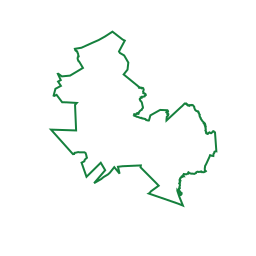 outline of Dr. Belisario Domínguez, Chihuahua, Mexico, rotated 318°
{"feature_id": "50627088B53231411399009", "entity_name": "Dr. Belisario Domínguez", "entity_type": "district", "adm_level": 2, "iso_a3": "MEX", "parent_name": "Mexico", "parent_adm1": "Chihuahua", "projection": "orthographic", "projection_center": [-106.401, 27.994], "detail": "fine", "context": "isolated", "style": "outline", "palette": "green", "viewbox_px": 256, "rotation_deg": 318, "n_neighbors": 0, "source": "geoboundaries", "source_scale": "gbopen_adm2", "svg_char_len": 5951}
<svg xmlns="http://www.w3.org/2000/svg" viewBox="0 0 256 256"><g transform="rotate(318 128 128)"><path d="M69.6,110.6L70.6,111.3L71.7,110.7L72.5,111.3L74.9,112.6L75.6,113.6L79.4,117.0L79.7,118.3L78.6,120.7L78.3,121.0L77.6,122.6L77.3,122.7L76.2,122.6L75.4,122.6L74.4,122.8L73.9,123.1L73.2,123.3L73.1,123.5L70.3,122.7L64.5,136.5L84.5,135.6L82.8,144.1L65.9,146.3L73.9,148.0L76.9,148.1L82.0,149.1L84.6,149.1L91.6,147.9L91.2,156.3L94.6,150.1L98.4,152.8L112.5,164.4L111.0,165.6L112.1,187.8L112.2,191.4L102.6,190.4L100.6,190.8L99.6,190.6L114.7,217.9L116.9,222.4L120.2,213.3L122.7,207.6L122.8,207.5L122.7,208.1L122.0,210.1L122.0,210.7L121.9,211.1L121.9,211.7L121.7,212.0L121.8,212.7L122.3,213.1L122.5,213.1L123.7,212.9L123.8,212.8L124.3,212.2L124.0,211.7L123.8,210.8L124.2,210.5L124.3,210.2L124.0,209.4L124.0,208.8L123.8,208.5L123.8,208.4L124.0,208.3L124.5,208.3L124.9,207.3L125.4,206.9L125.7,206.9L126.1,207.4L126.3,207.4L127.0,206.0L127.3,205.8L128.0,205.6L128.5,205.1L128.7,204.7L128.9,203.9L129.2,203.7L129.1,203.4L129.4,203.3L129.7,203.6L130.0,203.6L130.4,202.7L130.9,202.0L131.2,202.1L131.4,202.4L131.6,202.4L131.9,202.1L131.9,201.9L131.7,201.4L131.7,201.1L132.1,201.0L132.2,200.8L132.6,200.7L132.9,200.4L133.1,200.3L133.6,200.2L134.0,200.4L134.5,200.2L135.2,200.5L135.4,199.9L135.5,199.9L136.1,200.7L136.3,200.8L136.5,200.5L137.1,201.1L137.2,200.2L137.4,200.1L137.8,199.7L138.3,199.7L138.7,199.5L138.9,199.7L139.0,200.3L139.7,200.7L139.9,201.0L140.6,201.6L142.0,201.8L142.2,202.0L142.3,202.3L142.6,202.3L142.9,201.5L143.1,201.3L143.3,201.3L143.4,201.8L143.3,202.2L143.3,202.4L143.9,203.3L144.2,203.9L144.4,204.2L144.7,204.4L144.9,204.7L145.5,205.1L145.7,205.5L146.4,206.2L146.6,206.5L147.0,206.6L147.3,206.6L148.3,207.0L148.9,206.6L150.3,206.9L150.7,207.3L150.9,207.8L152.3,208.8L152.4,209.0L153.2,209.1L153.5,209.4L153.4,210.3L153.9,210.7L154.5,211.4L155.0,211.7L156.1,212.0L156.8,212.2L157.0,212.2L157.0,211.9L156.5,211.3L156.7,210.9L157.3,210.3L158.1,209.3L158.6,208.9L159.1,208.6L159.7,207.9L162.2,207.0L169.4,203.9L170.8,203.1L171.2,203.6L171.7,204.8L172.4,205.5L172.7,205.9L174.3,204.4L175.3,204.3L176.0,203.7L176.3,203.6L176.4,203.8L177.0,203.8L177.7,204.0L177.9,204.1L178.1,204.4L189.7,189.5L189.4,189.1L189.5,187.7L189.2,187.4L188.7,187.3L187.8,187.5L186.5,187.6L186.0,187.1L185.8,186.9L185.8,186.1L185.7,185.8L184.5,185.5L183.8,185.8L183.3,185.8L183.2,185.7L183.3,185.5L183.0,185.2L182.6,184.3L182.7,183.9L183.1,183.8L183.4,183.5L183.4,183.1L183.6,182.8L183.5,182.6L183.9,182.2L184.0,181.8L184.0,181.5L184.7,181.3L184.9,180.9L185.3,180.5L185.4,180.2L185.5,180.2L185.9,179.8L186.1,178.9L186.8,178.9L187.0,178.5L186.8,177.7L186.9,177.4L186.9,177.2L187.4,176.7L187.4,176.3L187.9,176.7L188.1,176.3L188.0,175.9L188.1,175.5L188.1,175.3L188.2,175.1L187.8,174.5L188.0,173.6L187.9,172.7L188.0,171.7L188.2,171.2L188.1,170.8L188.3,170.3L188.2,169.9L188.3,169.6L188.6,169.4L188.8,169.1L188.8,168.6L188.9,168.1L188.9,167.8L189.1,167.5L189.3,166.8L189.7,166.4L190.1,166.3L190.1,165.8L190.3,165.6L190.3,165.2L190.7,164.4L190.6,164.1L190.8,163.9L190.8,163.6L191.1,163.2L190.9,162.9L191.2,162.5L191.1,162.2L190.7,161.9L190.3,161.3L190.1,160.8L190.2,160.3L190.1,159.8L190.0,159.4L190.3,158.8L190.5,157.9L190.9,157.3L191.2,156.5L191.5,156.3L191.4,155.7L191.4,155.1L191.5,154.8L191.4,154.5L191.4,154.3L191.0,153.7L190.3,153.3L190.1,153.3L190.1,153.0L189.6,152.8L189.3,152.3L188.9,152.2L188.7,152.3L188.4,152.0L188.2,152.2L188.0,151.8L187.7,151.6L187.8,151.2L187.6,150.9L187.8,150.7L187.6,150.5L187.5,150.2L187.8,149.9L187.8,149.6L187.7,149.3L187.6,148.7L187.0,148.7L186.9,148.5L186.9,148.1L186.5,147.7L182.5,148.0L182.1,147.9L161.6,148.2L162.3,147.4L163.1,146.7L164.4,145.6L165.1,145.8L165.3,145.7L165.5,145.5L166.2,145.5L167.0,145.0L167.3,144.7L167.3,144.4L166.6,143.9L167.0,143.4L167.3,142.5L167.0,142.0L167.5,141.7L167.8,141.7L168.0,141.8L168.0,142.3L168.2,142.6L168.6,142.7L168.8,142.6L169.0,142.4L169.1,142.0L169.1,141.5L169.0,141.3L169.1,141.1L164.0,136.1L162.8,135.8L153.1,133.6L148.6,136.4L148.0,136.0L147.2,134.7L146.8,134.3L146.9,133.2L146.7,132.9L146.8,132.8L145.8,131.3L145.5,131.2L145.1,130.5L144.9,130.3L145.0,130.0L144.7,129.4L144.6,129.2L144.0,128.9L142.7,126.3L141.9,125.3L141.5,124.0L140.9,123.2L141.4,122.7L141.2,122.3L141.5,122.2L141.9,121.9L142.1,122.1L142.2,122.7L142.5,123.2L143.4,123.2L144.1,122.9L144.6,123.0L145.2,123.3L145.1,123.5L144.9,123.6L144.8,124.0L145.0,124.1L145.0,124.3L145.2,124.5L147.3,123.4L147.8,123.5L148.2,123.3L149.7,123.4L150.2,123.7L150.6,123.6L151.2,123.2L151.6,123.1L152.4,123.1L153.0,122.6L153.9,120.8L155.2,118.6L155.4,117.9L155.6,116.8L155.4,116.2L155.9,114.6L156.1,114.3L156.4,114.2L157.4,114.4L157.9,113.9L158.0,114.0L158.3,114.3L158.4,114.0L158.4,113.9L158.9,114.1L159.2,114.0L159.5,114.3L159.5,114.5L159.8,114.6L160.6,115.2L161.3,115.5L161.5,115.6L161.8,115.3L162.5,115.3L163.2,115.5L163.4,115.3L163.5,115.0L163.4,114.5L163.7,114.2L163.3,113.1L163.2,113.1L163.1,112.8L162.8,112.6L162.7,112.3L163.3,111.9L163.5,111.1L164.5,110.6L165.5,109.8L165.6,109.5L165.7,108.7L165.9,108.5L165.8,108.1L165.4,108.0L165.2,107.7L164.6,107.5L164.7,106.7L164.1,106.4L164.0,105.9L163.7,105.9L163.7,105.7L163.3,105.5L163.6,105.1L163.4,104.8L163.4,104.6L163.6,104.6L160.6,85.3L166.7,84.3L172.0,79.6L173.7,71.5L172.2,66.8L172.5,65.1L184.1,60.9L183.2,58.7L180.9,46.0L172.0,44.6L165.0,43.0L158.4,40.8L147.1,37.2L141.5,33.6L141.4,33.8L141.5,34.0L141.3,34.3L141.2,34.7L140.9,35.0L141.0,35.3L140.9,35.6L141.0,36.0L141.3,36.1L141.4,36.3L141.4,36.6L141.4,37.3L140.8,38.1L140.8,38.9L140.3,39.9L139.6,40.7L139.4,41.2L139.5,41.4L139.3,41.8L139.0,41.9L138.8,41.8L138.7,41.6L138.4,41.8L138.0,41.8L137.6,42.2L137.1,42.6L136.4,43.8L135.9,45.4L136.2,45.8L134.7,53.2L120.0,50.3L113.4,45.4L112.5,41.0L112.1,40.8L110.1,47.4L107.1,46.7L106.3,51.8L100.3,50.3L93.7,54.6L94.2,54.5L95.0,55.0L95.6,54.9L96.7,55.5L97.1,55.6L96.3,64.8L99.5,67.8L106.7,75.1L104.1,75.4L87.8,95.1L69.7,77.7L69.6,110.6Z" fill="none" stroke="#15803d" stroke-width="2"/></g></svg>